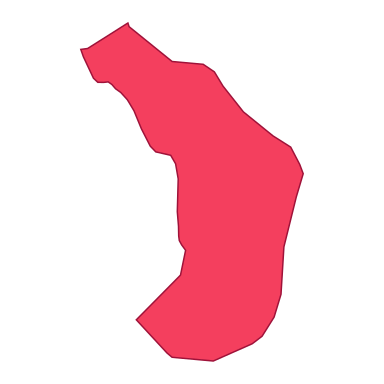 the border of Ravne na Koroškem
{"feature_id": "SVN-217", "entity_name": "Ravne na Koroškem", "entity_type": "Municipality", "adm_level": 1, "iso_a3": "SVN", "parent_name": "Slovenia", "parent_adm1": "", "projection": "mercator", "projection_center": [14.947, 46.552], "detail": "fine", "context": "isolated", "style": "filled", "palette": "rose", "viewbox_px": 384, "rotation_deg": 0, "n_neighbors": 0, "source": "natural_earth", "source_scale": "10m", "svg_char_len": 672}
<svg xmlns="http://www.w3.org/2000/svg" viewBox="0 0 384 384"><path d="M80.8,49.4L87.6,48.5L127.9,23.0L129.1,26.7L172.1,61.5L203.2,64.3L214.4,71.9L223.0,86.1L243.4,111.9L273.0,135.9L290.7,147.1L299.7,164.4L303.2,173.7L296.3,196.9L283.9,246.9L281.0,294.3L274.1,317.1L262.1,336.2L252.3,343.7L213.3,361.0L172.1,357.3L167.0,353.0L136.3,319.8L180.5,275.1L185.6,250.3L181.6,244.8L179.3,240.6L178.7,236.0L178.5,226.3L177.3,211.7L178.2,178.9L175.6,163.8L170.7,155.3L155.8,151.9L150.3,146.2L141.4,128.8L134.0,110.8L127.4,99.8L120.8,92.5L115.6,88.8L111.9,84.5L108.2,81.9L103.6,82.4L97.8,82.3L93.5,78.3L83.4,56.8L80.8,49.4Z" fill="#f43f5e" stroke="#9f1239" stroke-width="1.5"/></svg>